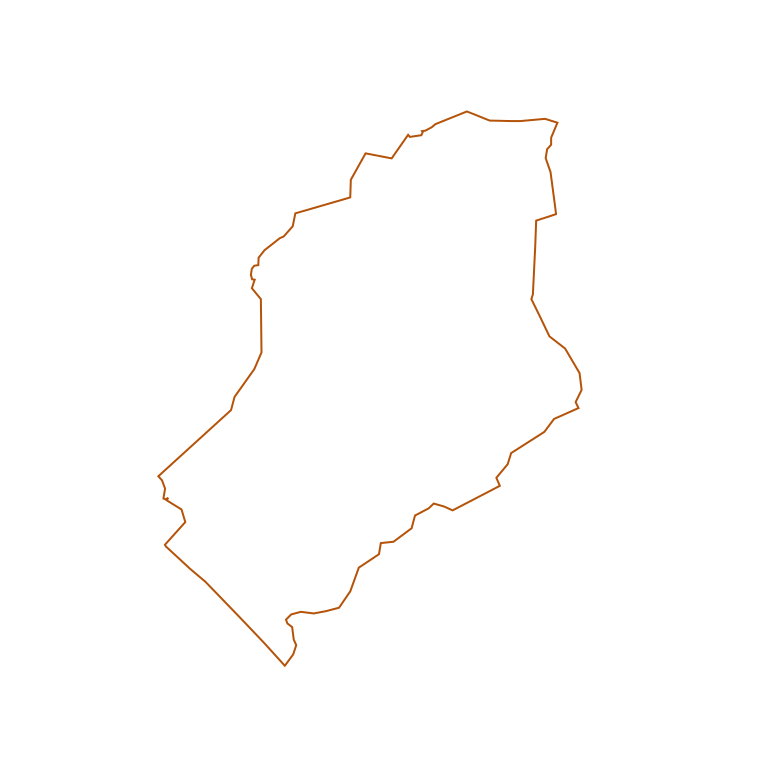 Gialia, Paphos, Cyprus, rotated 285°
{"feature_id": "46923920B52115855952843", "entity_name": "Gialia", "entity_type": "district", "adm_level": 2, "iso_a3": "CYP", "parent_name": "Cyprus", "parent_adm1": "Paphos", "projection": "robinson", "projection_center": [32.545, 35.082], "detail": "fine", "context": "isolated", "style": "outline", "palette": "amber", "viewbox_px": 768, "rotation_deg": 285, "n_neighbors": 0, "source": "geoboundaries", "source_scale": "gbopen_adm2", "svg_char_len": 1387}
<svg xmlns="http://www.w3.org/2000/svg" viewBox="0 0 768 768"><g transform="rotate(285 384 384)"><path d="M473.5,230.2L466.3,231.8L464.6,228.0L461.0,226.5L454.9,227.2L451.0,229.5L451.3,232.1L442.3,231.6L434.1,243.1L382.8,257.5L364.9,254.9L332.9,243.0L319.2,243.0L236.5,189.9L233.4,194.6L226.3,199.6L216.3,200.6L216.0,202.9L218.2,205.0L215.4,204.2L210.4,220.9L199.2,227.8L172.0,214.0L170.6,215.4L165.0,226.1L155.2,244.7L150.4,254.9L146.8,262.6L122.0,303.9L103.0,335.0L86.2,361.1L86.6,361.3L99.4,366.3L109.1,366.8L113.7,363.0L125.4,358.2L127.7,352.7L131.0,350.3L137.4,354.0L142.4,362.6L144.2,375.6L149.6,386.8L156.3,398.5L175.1,405.1L200.1,407.2L218.3,423.2L229.5,422.1L234.1,434.0L251.8,448.0L265.0,448.0L275.4,459.3L281.4,463.0L281.2,473.8L279.7,483.0L315.6,522.2L322.5,516.8L338.5,524.2L350.2,524.7L379.3,551.3L394.3,557.3L411.1,578.1L416.1,573.8L429.5,576.4L445.1,570.1L465.1,549.8L472.8,531.5L490.2,516.6L504.1,504.4L509.2,504.6L555.4,494.6L581.2,488.7L592.6,506.2L599.6,503.4L631.8,490.0L644.0,481.7L653.0,480.8L658.4,483.5L665.2,481.7L681.3,483.9L681.8,470.9L673.2,447.5L670.5,437.2L665.8,417.9L668.7,393.5L648.3,366.4L644.3,363.6L639.3,358.2L638.1,355.3L637.2,356.2L634.0,355.7L629.4,345.1L630.9,342.8L603.9,333.0L602.0,306.5L572.7,299.1L555.5,303.1L525.9,254.2L512.7,255.0L500.5,248.9L497.9,245.6L482.2,233.9L473.5,230.2Z" fill="none" stroke="#b45309" stroke-width="2"/></g></svg>